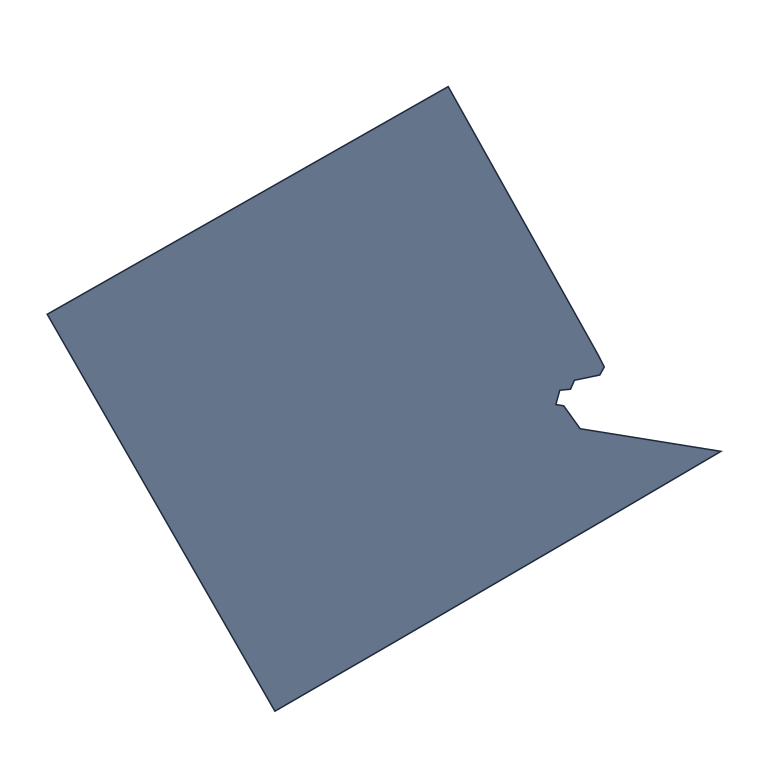 outline of Medina, Texas, United States of America, rotated 60°
{"feature_id": "52423323B50387422534954", "entity_name": "Medina", "entity_type": "district", "adm_level": 2, "iso_a3": "USA", "parent_name": "United States of America", "parent_adm1": "Texas", "projection": "orthographic", "projection_center": [-98.977, 29.391], "detail": "fine", "context": "isolated", "style": "filled", "palette": "slate", "viewbox_px": 768, "rotation_deg": 60, "n_neighbors": 0, "source": "geoboundaries", "source_scale": "gbopen_adm2", "svg_char_len": 362}
<svg xmlns="http://www.w3.org/2000/svg" viewBox="0 0 768 768"><g transform="rotate(60 384 384)"><path d="M612.8,642.1L612.7,504.3L611.8,270.4L610.8,125.9L520.8,236.5L492.7,239.3L487.7,245.4L477.3,234.9L481.8,225.1L476.0,217.2L484.1,192.6L479.4,184.7L466.1,184.0L158.5,179.7L155.2,640.8L612.8,642.1Z" fill="#64748b" stroke="#1e293b" stroke-width="1.5"/></g></svg>